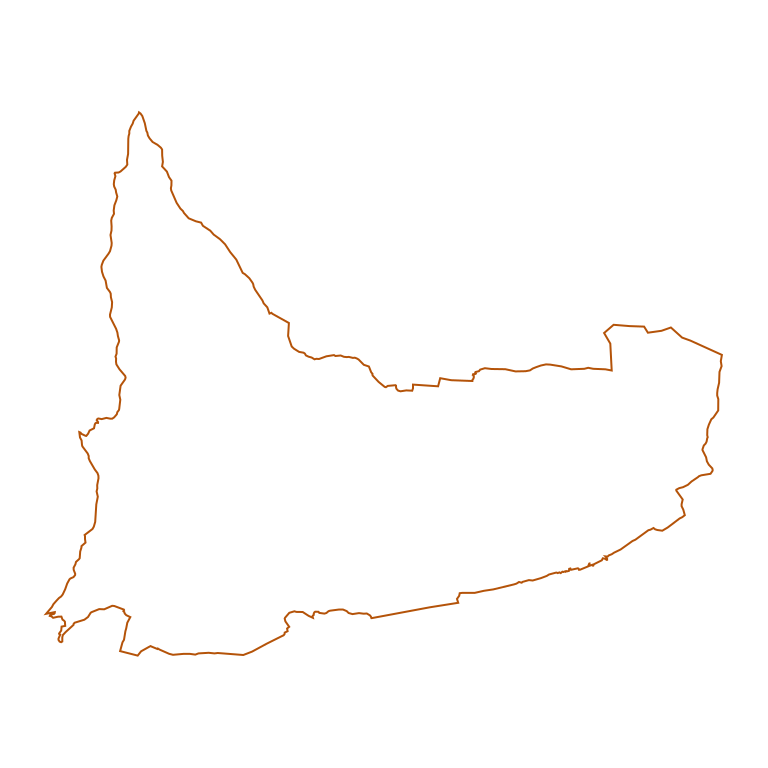 Gradistea, Vâlcea, Romania
{"feature_id": "2599482B19326472109269", "entity_name": "Gradistea", "entity_type": "district", "adm_level": 2, "iso_a3": "ROU", "parent_name": "Romania", "parent_adm1": "Vâlcea", "projection": "equal_earth", "projection_center": [23.805, 44.907], "detail": "fine", "context": "isolated", "style": "outline", "palette": "amber", "viewbox_px": 768, "rotation_deg": 0, "n_neighbors": 0, "source": "geoboundaries", "source_scale": "gbopen_adm2", "svg_char_len": 6030}
<svg xmlns="http://www.w3.org/2000/svg" viewBox="0 0 768 768"><path d="M157.4,649.0L157.8,648.5L159.6,649.6L169.1,653.8L173.0,654.8L183.2,653.9L190.1,653.9L195.3,654.6L198.5,653.4L208.7,652.8L214.5,653.4L217.7,653.0L243.3,655.0L252.1,651.6L266.5,643.8L283.7,635.2L284.5,634.2L284.7,632.6L287.6,631.2L287.1,628.5L289.2,626.8L285.4,621.4L284.7,618.6L285.1,617.7L289.3,612.8L294.4,611.3L296.4,611.9L302.7,612.0L308.7,615.9L312.9,617.8L312.6,616.7L312.7,615.7L313.7,615.0L313.8,613.4L314.4,612.3L315.2,611.7L318.5,611.8L319.3,612.9L324.4,613.6L326.4,613.0L328.5,611.2L330.0,610.7L339.2,609.5L342.9,609.5L346.7,611.1L348.6,613.0L352.5,614.1L359.0,613.1L363.7,613.7L366.8,613.5L370.0,615.4L370.9,616.6L371.4,618.1L371.9,618.1L429.8,607.3L458.2,602.8L457.0,598.9L459.2,595.8L459.7,593.2L461.9,592.9L474.6,592.9L483.9,590.8L493.3,589.4L514.0,584.4L516.5,583.6L519.0,582.0L521.7,582.7L522.5,581.9L528.9,580.1L532.7,580.5L541.0,578.1L546.8,575.9L549.0,574.5L555.7,572.7L556.7,572.6L557.7,573.1L559.4,572.4L560.7,573.1L562.4,571.7L563.5,572.0L565.2,571.3L565.6,571.7L566.3,571.1L566.9,571.4L568.9,570.9L569.2,568.8L570.4,568.5L571.0,569.8L577.9,568.3L578.7,568.8L579.0,569.8L580.1,569.7L588.1,566.4L589.2,563.6L589.5,563.5L589.8,565.7L592.3,564.8L592.7,565.6L593.3,565.6L593.8,564.3L601.8,560.3L602.8,558.3L604.9,558.7L606.7,559.9L607.1,559.8L607.1,558.8L606.1,558.2L606.5,557.4L605.5,556.4L607.6,556.6L608.8,555.4L611.8,554.2L614.0,552.7L620.6,549.5L632.5,541.0L635.4,539.7L648.4,530.2L650.4,529.7L653.5,528.0L655.1,529.3L657.3,530.0L662.3,530.7L667.7,527.5L679.7,518.4L682.2,517.2L684.8,515.2L683.3,509.7L681.6,506.2L681.6,504.2L682.7,499.5L676.3,490.6L676.3,489.7L679.3,488.1L683.0,487.2L687.9,484.8L691.5,481.5L698.0,477.1L699.0,476.2L701.3,475.3L710.5,473.8L712.4,471.1L712.7,470.1L712.3,468.4L708.8,464.7L706.9,461.3L706.1,457.3L702.5,450.1L702.5,449.3L703.8,445.5L705.6,443.6L706.6,441.6L707.2,438.3L707.7,437.2L707.2,435.2L707.4,429.2L708.9,424.6L711.3,419.3L713.4,417.5L718.2,410.5L718.3,399.1L717.2,395.6L717.2,393.0L717.6,389.3L719.1,382.8L719.5,371.9L721.6,366.1L720.8,361.2L721.9,354.9L690.4,340.6L682.1,337.6L670.9,327.5L661.5,330.8L647.9,332.7L644.1,326.6L629.6,326.1L613.6,324.8L604.1,333.0L610.3,343.6L611.7,370.5L605.4,369.3L593.2,368.8L588.2,367.8L584.3,368.8L571.1,369.3L561.4,366.4L550.1,364.6L546.0,364.4L540.9,365.5L536.3,367.1L532.8,368.5L529.9,370.4L525.6,371.2L515.5,371.4L505.3,369.2L491.5,369.0L484.9,368.2L480.2,369.6L478.9,371.2L475.5,372.0L475.2,372.5L475.3,373.3L475.8,373.6L475.6,373.9L473.1,374.2L472.9,374.9L473.8,375.1L473.5,375.9L473.9,376.9L473.4,378.7L472.5,379.8L472.4,381.0L451.2,380.2L440.2,378.2L438.1,386.3L413.0,384.6L413.0,388.3L412.2,390.7L406.3,390.4L400.5,391.3L398.1,390.6L396.6,389.0L396.1,387.8L396.0,385.6L395.5,385.2L387.8,385.9L385.9,387.2L384.7,386.9L378.6,381.9L372.7,375.6L372.4,374.8L372.5,373.8L371.2,372.3L368.9,366.5L363.8,364.8L358.6,359.5L356.7,358.4L354.8,357.7L352.9,357.9L348.8,356.9L346.8,357.1L343.9,356.8L340.7,355.5L335.4,356.0L334.0,355.1L326.4,356.3L319.0,359.0L316.4,358.8L314.5,359.3L311.6,357.5L308.6,356.7L305.9,355.4L304.9,353.6L303.6,352.7L299.1,351.9L294.0,348.7L291.7,346.5L288.1,336.0L288.9,323.0L272.4,313.8L271.4,312.8L269.5,313.6L267.3,307.3L263.7,303.4L262.4,300.4L255.2,289.8L253.7,286.7L253.2,284.2L252.5,282.7L249.3,278.2L244.8,274.1L242.7,272.9L236.3,259.6L230.2,252.1L225.1,244.3L220.0,239.2L213.7,234.6L210.4,230.8L202.9,225.8L201.1,222.6L195.9,221.3L188.7,218.3L184.0,213.0L182.9,211.0L180.4,208.6L176.6,202.8L171.2,190.4L170.9,188.2L171.4,185.5L171.5,180.7L169.0,177.1L166.9,171.6L162.1,166.4L162.9,161.9L162.2,155.7L162.1,149.5L160.9,147.7L157.6,144.9L152.6,142.0L149.6,138.4L147.9,135.5L147.3,132.5L146.4,130.9L144.8,123.2L142.3,116.0L140.5,113.5L139.0,112.4L138.7,113.6L133.6,120.7L132.7,123.6L131.0,126.6L129.3,130.9L129.3,133.6L128.6,136.1L128.3,138.8L128.1,153.9L127.0,159.9L127.3,164.6L125.8,166.8L120.5,171.5L118.6,172.5L115.0,172.7L114.6,173.3L115.4,176.2L114.2,180.4L113.8,184.2L114.2,186.6L115.7,189.7L116.1,192.4L117.3,196.5L116.3,200.3L114.4,205.3L113.7,210.5L114.0,213.8L111.8,217.9L111.2,220.6L111.6,226.4L111.5,230.5L110.5,235.0L111.7,243.0L111.5,245.7L110.0,251.2L108.5,253.7L103.4,260.6L101.8,264.8L101.4,266.9L102.0,271.8L103.5,276.5L105.6,280.6L106.9,287.9L109.9,291.9L110.7,293.6L110.9,297.2L112.1,302.1L111.8,307.4L110.0,314.6L110.1,316.9L116.1,328.8L117.4,332.6L117.9,336.0L119.1,340.3L119.0,341.7L116.7,347.4L116.6,353.7L115.5,356.6L116.1,358.4L116.0,361.8L116.4,364.4L119.5,369.3L125.2,376.0L125.6,377.7L125.0,379.5L120.6,385.7L119.3,395.0L120.3,399.7L119.2,409.0L118.9,410.1L117.3,412.2L116.8,414.3L114.1,417.4L112.2,418.7L110.4,418.7L106.4,417.9L101.7,419.1L98.5,418.5L97.5,418.8L96.7,420.1L98.1,422.1L98.0,422.9L96.1,422.8L95.4,423.3L94.8,424.4L94.0,428.3L89.6,430.5L88.1,433.7L86.3,435.9L85.5,435.8L81.5,433.9L80.5,432.6L79.3,432.1L80.0,437.5L81.6,440.5L82.0,445.0L82.4,446.4L87.7,453.5L88.7,456.0L88.7,458.3L89.9,461.1L94.8,469.5L97.5,473.1L98.4,475.7L98.5,478.3L97.2,485.1L97.3,488.5L96.6,491.4L97.8,496.7L96.3,504.4L95.2,521.9L93.8,526.7L92.5,529.0L84.6,535.0L85.0,536.2L85.0,539.0L85.5,542.6L81.5,546.1L81.4,547.7L80.2,551.5L79.7,558.2L79.0,559.2L76.0,561.9L75.4,564.3L73.6,567.7L73.7,569.9L75.2,573.8L75.1,575.1L73.5,577.1L70.4,578.5L69.5,579.3L67.2,583.5L65.2,589.2L62.7,594.5L61.1,596.5L59.0,598.0L56.2,601.0L53.4,604.2L51.9,607.0L46.1,613.8L54.8,612.1L54.7,613.1L54.0,613.9L50.3,614.8L49.8,615.9L51.5,616.4L53.1,617.8L58.1,616.7L61.4,616.6L62.5,619.6L64.1,620.7L64.9,621.7L65.2,625.9L61.6,626.6L61.2,630.6L59.1,633.5L59.2,634.0L60.2,634.6L58.5,638.6L58.5,639.9L59.6,641.6L61.1,642.2L62.3,641.5L62.3,637.4L62.8,635.1L65.7,632.0L73.5,624.9L73.7,623.7L74.7,622.7L84.4,619.7L88.0,617.0L90.7,612.7L91.7,612.1L99.2,609.1L104.2,609.3L112.2,605.8L114.3,606.0L123.9,609.6L124.1,610.1L123.4,611.2L124.4,612.2L124.7,613.5L126.3,615.2L130.3,617.1L127.3,622.7L126.2,628.4L125.4,631.2L124.0,639.8L122.5,642.3L120.1,651.1L137.7,655.6L141.1,651.3L150.4,646.1L157.4,649.0Z" fill="none" stroke="#b45309" stroke-width="2"/></svg>